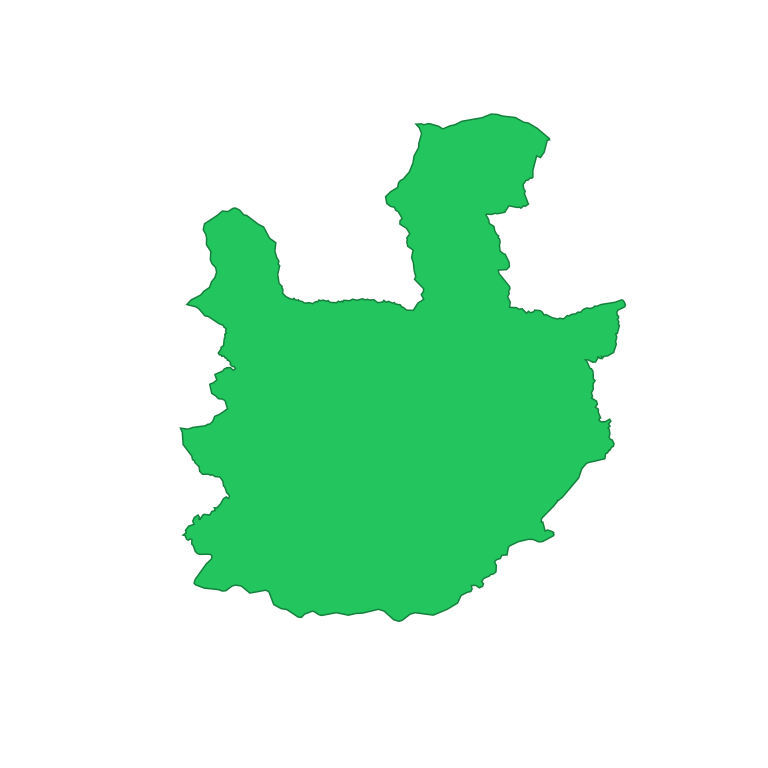 Palermo, Huila, Colombia (orthographic projection), rotated 62°
{"feature_id": "7082276B31327332190978", "entity_name": "Palermo", "entity_type": "district", "adm_level": 2, "iso_a3": "COL", "parent_name": "Colombia", "parent_adm1": "Huila", "projection": "orthographic", "projection_center": [-75.466, 2.914], "detail": "fine", "context": "isolated", "style": "filled", "palette": "green", "viewbox_px": 768, "rotation_deg": 62, "n_neighbors": 0, "source": "geoboundaries", "source_scale": "gbopen_adm2", "svg_char_len": 6170}
<svg xmlns="http://www.w3.org/2000/svg" viewBox="0 0 768 768"><g transform="rotate(62 384 384)"><path d="M188.4,199.7L187.0,204.7L186.4,212.4L182.3,214.6L176.1,220.9L174.7,223.2L173.9,227.0L171.9,228.8L169.6,233.8L174.4,232.5L180.6,233.3L187.9,240.3L191.4,242.3L196.7,250.3L202.4,254.6L206.0,258.9L208.7,262.2L212.1,270.7L212.1,274.2L213.3,276.8L216.9,279.7L217.3,287.8L219.4,294.7L225.9,296.8L230.4,294.7L232.8,291.8L236.0,292.1L238.5,290.6L243.5,290.3L246.4,290.4L247.5,293.3L250.3,294.9L256.9,291.1L263.4,290.6L265.8,295.4L267.1,295.4L269.3,297.2L273.7,298.4L279.3,295.4L285.4,300.3L290.6,301.1L298.3,304.2L304.2,305.6L305.9,307.9L318.4,304.3L321.0,305.9L322.5,309.1L327.9,309.2L328.5,316.0L332.7,323.6L329.4,329.4L325.3,331.0L324.5,332.2L321.8,332.4L318.7,336.4L316.9,336.7L316.6,338.6L313.2,341.1L312.7,343.9L310.1,344.8L311.0,346.9L309.2,351.4L304.9,353.3L303.2,357.2L301.3,359.0L300.9,361.1L298.7,362.9L297.2,369.0L294.4,371.7L294.3,375.4L291.2,380.2L292.2,381.9L291.1,382.2L291.0,384.1L289.5,385.3L289.9,387.9L286.5,393.5L284.1,394.1L283.8,396.0L281.2,398.5L281.1,400.3L279.3,402.1L280.3,403.8L279.3,405.4L279.5,409.5L277.3,411.5L275.2,416.3L272.9,417.4L270.4,420.2L269.6,420.0L269.5,421.1L267.8,423.0L266.1,423.2L266.3,425.1L264.1,427.3L260.8,429.6L256.3,430.9L253.0,428.8L251.0,429.0L250.1,428.2L245.9,429.4L237.3,426.4L230.7,420.6L228.4,421.2L226.3,419.2L221.6,419.3L215.3,417.9L208.5,413.2L201.6,416.6L188.8,416.6L184.0,420.0L170.7,426.1L168.9,428.4L162.5,429.9L158.8,432.6L158.0,435.0L158.5,440.8L155.4,445.5L156.8,451.5L158.3,467.3L163.0,471.2L168.4,471.1L171.8,472.1L177.7,475.4L185.6,474.7L192.8,479.0L197.1,479.4L202.1,478.0L206.7,479.3L210.6,483.3L212.9,488.5L216.8,492.6L217.6,499.7L219.4,504.1L219.2,514.7L221.3,520.8L227.5,513.9L230.4,512.2L239.8,510.1L241.9,507.4L253.2,501.4L256.9,498.3L258.9,498.6L260.8,497.3L263.4,499.3L265.0,499.1L265.3,501.3L267.7,502.1L268.9,503.7L274.7,507.6L275.2,510.8L276.4,511.1L278.9,515.8L281.0,515.6L281.7,514.1L283.4,514.2L284.1,512.2L286.3,512.0L287.9,510.8L289.4,511.2L290.2,510.1L292.8,509.4L294.7,510.6L297.4,509.6L298.4,508.1L300.7,507.8L301.1,510.7L297.4,511.9L295.8,515.3L295.8,518.2L296.9,520.4L296.2,527.7L296.3,528.9L301.9,529.7L302.8,534.0L302.4,538.0L311.4,540.5L315.3,538.2L319.2,537.1L321.7,533.5L324.1,532.2L332.4,533.8L333.6,543.0L333.1,548.7L336.7,552.9L337.6,556.5L336.8,558.8L337.0,561.4L332.5,573.4L331.9,578.2L327.4,584.4L332.0,584.8L343.2,589.8L357.4,587.5L360.9,588.6L362.5,587.5L364.8,587.8L370.1,586.1L374.6,587.7L378.6,586.5L381.2,581.4L383.2,579.9L383.4,578.2L386.3,576.8L389.0,572.6L394.3,571.9L398.7,573.6L400.1,572.9L406.2,573.9L409.1,573.0L411.0,573.4L411.9,575.3L409.6,576.3L409.9,579.6L413.1,584.6L414.9,589.5L413.7,592.0L416.4,592.4L415.7,595.9L417.9,599.3L414.7,603.9L414.6,605.3L417.2,610.0L416.5,610.8L415.2,609.5L412.4,609.7L412.8,614.1L415.2,617.2L418.7,617.7L417.8,623.1L419.9,627.9L422.5,628.6L423.1,632.3L424.4,630.8L428.0,631.1L430.0,630.2L429.9,627.6L431.1,626.6L435.1,628.9L437.1,628.3L443.3,629.2L446.2,628.3L448.0,626.5L452.1,618.4L453.5,616.9L455.4,616.8L457.4,618.3L459.6,625.8L467.9,642.4L470.6,645.2L472.8,644.7L479.8,638.6L487.6,627.0L491.0,623.8L492.3,620.6L491.1,613.4L491.7,609.6L495.4,604.8L505.6,600.6L510.6,585.1L513.6,583.2L527.0,584.9L534.0,580.3L537.5,575.7L549.5,569.2L551.3,566.5L549.9,562.1L550.9,554.3L551.9,552.7L557.1,549.8L559.1,547.7L563.5,533.5L571.4,524.0L573.4,516.5L576.2,510.6L580.3,494.7L584.6,490.5L596.9,486.0L600.5,482.2L601.2,479.0L599.5,469.1L600.5,464.0L611.2,449.0L612.6,433.9L612.0,422.0L606.9,415.1L607.0,408.2L608.0,404.7L606.4,402.5L602.9,401.5L604.8,397.6L608.8,395.4L608.9,391.9L606.9,389.9L604.3,390.6L602.5,387.2L603.0,381.1L602.3,379.6L603.1,376.1L602.4,373.3L596.9,370.0L593.7,370.0L592.4,368.9L592.0,366.7L592.7,363.3L590.5,360.2L592.7,355.6L586.9,351.2L585.9,349.1L586.3,339.6L588.9,329.4L591.4,325.2L596.1,321.4L597.6,317.8L597.5,305.4L596.6,304.5L594.8,304.8L594.6,304.0L593.0,305.0L589.7,308.1L589.4,310.8L580.5,308.6L580.0,309.9L577.5,308.7L576.4,307.1L571.7,292.2L569.1,286.0L568.0,285.3L568.7,284.6L567.7,279.6L558.4,256.3L551.7,249.1L549.4,243.3L549.2,241.0L553.7,224.1L549.5,221.0L549.8,219.1L548.1,216.4L548.6,215.9L546.7,212.8L546.7,210.7L544.6,208.9L540.6,208.8L538.9,210.2L536.5,210.2L533.9,207.8L529.4,206.4L528.0,206.8L527.4,204.3L524.7,204.5L523.4,201.1L521.0,201.3L521.2,206.4L519.2,210.0L517.2,211.2L515.5,210.1L515.7,208.7L509.8,208.1L506.9,206.6L503.6,208.3L502.1,205.1L498.8,204.4L493.7,207.4L493.1,205.8L489.1,205.0L486.9,201.7L482.2,199.5L480.0,196.0L478.0,196.8L470.8,193.5L467.9,193.7L466.8,194.8L458.5,194.2L457.3,194.8L458.3,192.6L462.8,189.4L463.9,186.8L461.7,183.3L460.5,182.7L460.8,181.9L462.7,181.5L463.9,179.5L462.0,179.0L463.4,178.4L462.9,176.3L464.2,173.4L463.9,166.4L457.8,160.1L455.4,159.7L451.9,156.5L448.5,155.7L448.8,154.1L442.8,148.7L440.9,149.0L439.5,147.5L436.3,147.5L435.9,146.0L434.5,145.1L432.9,145.7L430.0,144.9L428.6,142.7L428.9,135.3L427.5,133.6L424.5,133.4L421.9,133.9L421.2,135.1L420.3,141.7L415.8,154.7L415.2,159.9L414.1,161.6L414.7,163.1L414.2,166.4L412.0,169.4L411.7,173.1L413.0,176.7L411.5,179.2L412.1,181.7L410.5,186.0L410.9,188.6L409.6,190.1L410.8,194.8L408.3,198.1L408.3,200.0L404.3,204.5L398.7,208.4L398.5,210.2L394.6,210.6L392.4,211.8L389.5,216.3L390.6,217.9L389.8,221.3L387.6,222.3L388.5,224.9L382.4,226.7L381.5,229.6L378.7,231.3L375.3,237.1L370.9,234.1L365.0,233.9L363.1,231.1L360.4,230.2L358.9,228.0L357.1,227.4L340.3,230.6L337.1,229.6L340.5,222.2L339.3,218.2L335.2,216.4L326.2,216.1L325.4,217.2L321.2,219.1L315.4,216.8L313.2,214.8L310.1,213.9L308.7,214.5L307.1,213.3L305.2,214.2L300.8,214.3L296.4,213.0L291.8,215.6L287.5,214.4L282.5,214.6L282.2,213.6L284.9,209.2L285.4,205.8L286.8,204.2L289.1,196.8L285.3,190.1L290.8,183.3L291.4,181.5L293.0,180.6L292.3,177.1L293.4,175.7L293.0,172.0L281.9,170.7L280.0,168.8L276.9,168.9L273.1,167.4L270.8,162.7L271.6,161.3L270.7,158.0L271.7,156.9L271.4,155.5L265.2,152.2L254.3,142.2L257.5,139.5L254.5,133.7L245.5,125.5L246.1,123.2L245.0,122.8L230.4,128.6L221.2,134.1L218.7,137.6L210.4,142.9L203.1,153.5L199.0,157.6L196.0,162.7L194.9,172.5L188.6,191.8L188.4,199.7Z" fill="#22c55e" stroke="#15803d" stroke-width="1.5"/></g></svg>